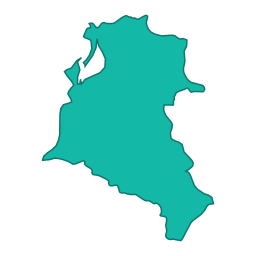 outline of Fier
{"feature_id": "ALB-1495", "entity_name": "Fier", "entity_type": "County", "adm_level": 1, "iso_a3": "ALB", "parent_name": "Albania", "parent_adm1": "", "projection": "robinson", "projection_center": [19.627, 40.746], "detail": "fine", "context": "isolated", "style": "filled", "palette": "teal", "viewbox_px": 256, "rotation_deg": 0, "n_neighbors": 0, "source": "natural_earth", "source_scale": "10m", "svg_char_len": 3383}
<svg xmlns="http://www.w3.org/2000/svg" viewBox="0 0 256 256"><path d="M42.6,160.3L42.5,160.1L43.9,156.0L47.8,152.6L52.4,149.4L56.0,145.9L58.5,140.4L59.7,134.6L60.0,114.0L60.9,108.4L63.5,104.7L68.7,103.2L71.7,102.0L71.0,99.0L68.9,95.7L67.9,93.6L69.1,90.8L71.2,88.0L73.1,85.9L73.9,85.3L71.6,81.3L67.3,76.1L64.5,71.6L66.9,69.7L71.2,68.2L76.8,60.7L81.5,57.6L77.5,61.7L79.9,69.8L77.6,76.8L77.6,84.1L79.7,84.1L80.6,79.1L80.5,80.2L80.9,81.4L81.5,84.1L85.2,79.4L100.1,72.7L104.9,67.3L105.4,58.8L102.4,52.0L98.7,45.7L97.0,38.9L96.0,47.8L92.5,55.8L85.1,66.2L85.0,64.6L83.4,62.6L86.5,59.7L89.7,54.8L91.8,48.5L91.1,41.2L89.7,39.5L85.1,37.8L83.5,36.6L86.6,29.2L87.2,28.7L88.1,28.0L88.9,28.1L90.4,27.5L90.6,26.4L90.3,25.3L89.1,23.6L89.3,23.4L90.0,23.4L91.5,23.1L92.4,23.2L93.5,24.1L95.8,27.1L97.5,27.8L98.6,27.3L99.7,26.0L101.3,23.7L102.6,22.8L104.1,22.6L105.3,23.1L106.5,23.5L110.9,23.6L113.7,23.3L116.0,21.9L120.9,18.3L123.7,16.6L125.8,15.7L126.9,15.9L128.9,16.9L131.1,17.2L131.4,17.4L131.7,17.8L132.1,18.1L134.9,18.1L135.8,18.5L136.3,19.0L137.8,19.3L139.3,18.7L144.2,16.0L145.7,15.4L146.5,15.4L147.0,15.6L147.4,16.1L147.6,16.9L147.5,17.6L146.8,20.2L146.3,22.3L146.5,23.7L147.0,25.9L148.3,29.0L150.7,31.9L154.8,34.1L161.7,35.9L171.9,35.2L174.7,35.7L177.7,37.9L179.7,39.0L181.9,38.8L183.1,38.6L186.9,40.0L186.5,46.6L184.3,50.7L184.1,51.9L184.8,60.2L184.8,61.9L183.5,68.1L183.5,69.9L183.7,72.0L184.4,74.0L187.0,78.8L189.4,81.2L191.1,82.4L202.6,85.4L204.1,87.1L204.4,88.0L204.7,89.3L203.9,90.9L203.2,91.7L194.0,91.5L191.1,92.2L189.7,90.7L188.5,88.8L187.7,88.3L187.0,88.1L183.9,89.6L179.6,91.0L177.5,92.0L176.2,92.8L175.4,94.6L174.2,96.9L174.1,97.9L174.3,98.8L174.4,99.5L173.4,101.2L173.3,102.4L173.5,103.6L173.5,104.8L172.2,105.2L170.8,105.0L164.2,105.0L163.7,108.6L163.8,110.2L164.6,112.8L166.0,115.7L171.3,122.3L172.4,124.7L172.0,128.0L170.7,131.4L170.5,132.5L170.5,133.9L170.7,136.4L171.1,138.1L172.3,139.5L176.0,141.3L178.4,142.0L180.8,143.5L182.2,144.7L184.0,151.9L191.8,160.3L193.2,163.0L192.7,166.0L190.3,168.2L188.2,169.9L186.3,170.8L185.7,171.2L186.0,171.5L187.4,171.7L188.8,172.7L190.2,174.9L194.4,185.6L197.5,189.4L204.3,193.8L208.3,195.1L210.9,196.7L211.9,197.6L213.5,203.7L209.5,204.2L208.1,205.0L206.7,206.6L205.0,209.7L203.1,212.2L201.2,214.3L192.6,220.8L190.7,223.0L182.6,238.4L181.6,239.9L180.9,240.6L176.9,239.9L173.1,239.1L170.3,239.5L168.1,238.9L166.3,237.4L165.8,236.1L165.8,234.7L166.2,233.4L166.6,231.7L166.7,230.0L165.9,226.2L165.8,225.0L166.1,223.9L166.6,220.4L166.6,218.2L165.9,217.2L164.9,216.6L160.6,215.8L160.2,215.3L160.1,214.8L160.5,214.4L160.9,214.0L161.3,212.8L161.5,211.1L161.1,208.0L160.1,206.2L158.3,204.1L157.2,203.5L156.0,203.2L155.3,203.4L154.6,203.7L153.8,203.6L152.4,202.8L150.5,201.5L149.1,200.8L148.0,200.6L146.8,200.7L145.8,200.7L143.8,199.8L135.8,194.5L130.5,194.5L126.7,193.8L124.6,192.8L121.9,193.0L120.5,192.6L119.5,191.9L118.6,188.5L118.0,187.2L118.2,186.5L118.0,186.0L117.5,185.5L116.2,185.2L114.8,185.2L112.7,185.8L110.8,185.8L109.5,185.3L108.8,184.0L108.6,183.1L108.7,182.1L108.7,181.2L107.8,180.2L106.1,179.0L99.4,175.8L96.6,175.0L94.0,174.8L92.5,174.1L91.9,172.4L92.2,171.1L91.9,169.8L90.8,168.6L87.7,166.8L85.8,165.5L84.7,164.2L84.7,163.2L84.7,162.5L84.7,161.5L84.1,160.9L82.6,161.0L75.8,163.8L73.0,164.2L68.6,161.6L62.5,159.4L58.5,158.5L54.4,158.2L49.8,159.6L42.7,160.3L42.6,160.3Z" fill="#14b8a6" stroke="#0f766e" stroke-width="1.5"/></svg>